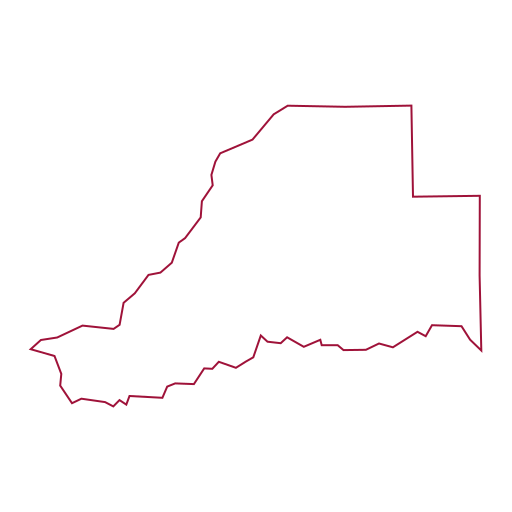 Mason, Illinois, United States of America (Albers equal-area conic projection)
{"feature_id": "52423323B7274127443145", "entity_name": "Mason", "entity_type": "district", "adm_level": 2, "iso_a3": "USA", "parent_name": "United States of America", "parent_adm1": "Illinois", "projection": "albers", "projection_center": [-90.006, 40.244], "detail": "fine", "context": "isolated", "style": "outline", "palette": "rose", "viewbox_px": 512, "rotation_deg": 0, "n_neighbors": 0, "source": "geoboundaries", "source_scale": "gbopen_adm2", "svg_char_len": 910}
<svg xmlns="http://www.w3.org/2000/svg" viewBox="0 0 512 512"><path d="M479.8,195.8L413.0,196.7L411.4,105.6L345.2,106.8L287.7,105.7L273.7,114.3L252.5,139.6L220.2,153.3L215.4,161.6L211.4,174.9L212.7,185.3L201.9,201.2L200.7,217.4L185.1,238.1L178.8,242.6L171.8,262.7L160.4,272.6L148.5,274.9L134.8,293.3L123.6,302.8L119.6,324.8L113.6,328.9L82.5,325.6L57.2,337.5L40.9,340.0L30.7,349.2L54.5,356.0L61.3,373.9L60.2,385.6L72.0,403.2L81.4,398.7L105.1,402.1L113.3,406.4L119.5,400.1L126.3,404.6L129.5,396.0L162.4,397.8L167.2,386.6L175.2,383.4L193.9,384.1L204.2,368.4L212.3,368.8L218.8,361.8L235.9,367.8L245.8,361.6L253.3,357.3L260.8,335.5L267.5,341.7L280.7,343.2L287.1,337.3L303.8,346.8L320.3,339.8L321.7,345.2L337.7,345.2L343.5,350.1L365.9,349.8L379.0,343.5L392.9,347.3L417.5,331.8L425.7,336.2L432.0,325.2L461.5,326.2L470.1,339.7L481.3,350.5L479.6,275.4L479.8,195.8Z" fill="none" stroke="#9f1239" stroke-width="2"/></svg>